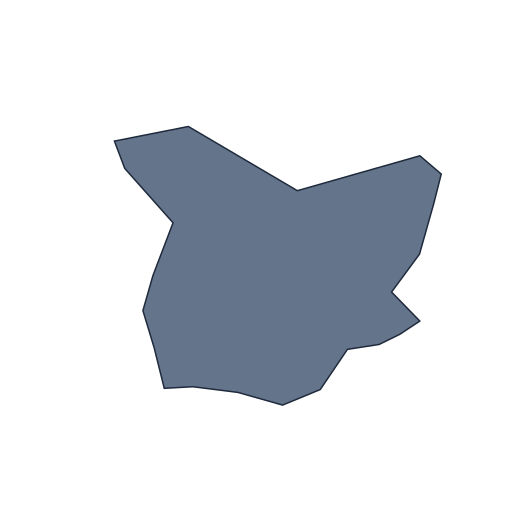 SVG path tracing the border of Daugavpils, rotated 24°
{"feature_id": "LVA-4850", "entity_name": "Daugavpils", "entity_type": "Republican City", "adm_level": 1, "iso_a3": "LVA", "parent_name": "Latvia", "parent_adm1": "", "projection": "natural_earth1", "projection_center": [26.555, 55.894], "detail": "fine", "context": "isolated", "style": "filled", "palette": "slate", "viewbox_px": 512, "rotation_deg": 24, "n_neighbors": 0, "source": "natural_earth", "source_scale": "10m", "svg_char_len": 443}
<svg xmlns="http://www.w3.org/2000/svg" viewBox="0 0 512 512"><g transform="rotate(24 256 256)"><path d="M364.9,97.8L391.9,105.8L397.0,135.3L404.6,187.8L394.5,233.8L432.1,248.8L419.4,268.8L404.5,286.7L377.5,304.1L369.0,351.9L340.9,381.4L294.9,388.0L251.5,401.1L226.0,414.2L200.4,381.4L174.9,351.9L169.8,315.8L166.7,259.4L100.5,229.4L79.9,208.6L141.5,165.2L267.2,179.5L364.9,97.8Z" fill="#64748b" stroke="#1e293b" stroke-width="1.5"/></g></svg>